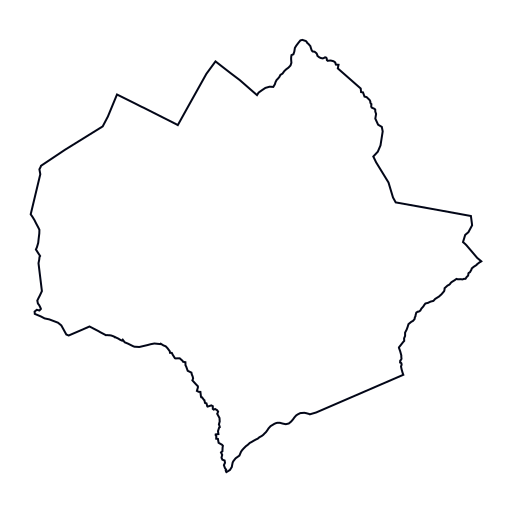 San Sebastián Río Hondo, Oaxaca, Mexico
{"feature_id": "50627088B23395103258553", "entity_name": "San Sebastián Río Hondo", "entity_type": "district", "adm_level": 2, "iso_a3": "MEX", "parent_name": "Mexico", "parent_adm1": "Oaxaca", "projection": "orthographic", "projection_center": [-96.416, 16.202], "detail": "fine", "context": "isolated", "style": "outline", "palette": "ink", "viewbox_px": 512, "rotation_deg": 0, "n_neighbors": 0, "source": "geoboundaries", "source_scale": "gbopen_adm2", "svg_char_len": 4980}
<svg xmlns="http://www.w3.org/2000/svg" viewBox="0 0 512 512"><path d="M470.9,216.0L430.8,208.7L395.7,202.4L393.0,197.5L388.5,182.5L376.1,162.3L373.3,156.5L377.8,151.7L380.5,145.4L382.7,131.4L381.8,126.9L378.1,124.7L375.3,118.6L376.1,114.0L375.3,111.6L375.2,109.5L374.4,108.8L371.7,107.6L371.2,106.5L371.4,104.1L370.7,103.5L370.3,102.3L370.3,101.4L369.6,100.0L366.6,97.1L364.5,96.6L363.0,92.4L361.1,92.1L360.7,88.5L337.8,68.4L338.5,64.8L335.9,64.6L335.5,63.5L335.3,62.6L334.6,61.9L333.9,61.5L333.4,61.2L331.1,60.6L330.5,60.5L330.0,60.6L329.1,60.6L327.7,60.8L326.9,60.1L326.8,59.0L326.3,57.7L325.1,57.3L324.4,57.7L323.7,58.1L322.6,58.4L320.8,58.0L320.3,57.8L319.1,57.2L317.4,55.8L317.1,54.4L316.4,53.2L315.1,52.1L314.5,51.7L313.7,51.6L312.7,51.5L312.0,50.8L311.6,50.1L310.6,47.1L310.5,46.7L310.4,46.2L309.2,44.8L308.2,43.7L307.2,42.9L306.7,41.9L305.8,41.0L304.5,40.6L302.4,39.9L300.4,40.4L298.5,42.7L296.3,45.6L294.9,47.9L294.3,51.6L293.4,54.3L291.5,55.1L291.2,56.9L291.1,59.0L291.4,62.8L290.5,65.5L288.4,67.7L286.2,69.3L284.3,71.1L282.5,73.6L280.4,74.9L279.4,76.9L278.0,78.6L276.6,80.0L275.5,82.2L274.9,84.2L273.3,86.9L269.6,86.7L265.4,87.9L262.1,90.1L258.6,92.6L257.0,95.1L251.0,89.9L239.8,80.1L230.4,73.0L221.9,66.4L215.5,61.4L206.4,73.8L188.7,105.5L177.8,125.1L176.2,124.2L143.6,107.7L142.0,107.0L139.2,105.6L135.1,103.5L117.0,94.5L107.7,117.0L107.7,116.9L102.7,126.4L65.1,149.7L41.0,165.8L40.6,167.0L39.4,169.3L40.3,174.2L30.7,214.3L32.5,216.9L34.4,220.0L36.0,223.2L38.4,227.7L39.4,229.8L39.3,233.4L38.6,239.2L38.2,242.9L36.9,247.3L35.9,249.5L38.2,253.1L40.1,256.0L39.5,257.0L39.2,259.7L38.5,263.2L41.9,291.1L40.6,293.9L39.7,295.8L38.7,297.7L37.3,300.6L37.6,302.0L37.9,303.5L39.2,305.2L40.4,307.6L40.9,308.9L39.4,310.5L36.8,309.8L34.6,311.6L34.8,313.9L41.0,316.5L44.6,318.4L49.3,319.4L58.0,322.7L61.3,325.4L66.3,334.5L68.7,335.5L80.1,330.6L89.5,326.5L98.6,331.2L99.9,332.0L101.4,332.8L103.5,333.9L105.4,334.9L105.6,335.1L107.5,335.1L109.1,335.3L109.4,335.2L111.2,335.5L113.7,336.4L114.8,337.2L115.0,337.0L115.7,337.4L118.1,338.5L120.2,339.8L122.2,340.7L122.3,340.6L122.8,339.8L124.7,342.3L127.9,343.6L132.9,346.1L134.4,346.7L137.8,346.9L139.2,347.0L141.0,346.6L144.4,345.8L147.4,345.1L150.7,344.2L154.4,343.5L160.3,344.1L160.7,343.7L163.4,345.4L165.7,346.3L167.5,348.2L169.8,351.3L170.0,352.8L171.8,352.9L172.7,354.7L174.9,358.2L175.4,358.4L179.7,358.3L182.5,360.8L183.1,361.8L185.4,362.2L185.5,365.3L186.1,366.4L186.3,366.9L187.7,370.8L191.4,372.6L191.9,374.8L192.0,374.9L192.6,376.3L193.1,378.4L192.4,380.4L195.7,384.0L197.9,386.3L197.9,387.5L196.9,390.9L198.6,391.8L200.4,391.9L201.0,396.9L201.3,397.3L202.0,397.3L204.0,400.0L204.4,400.2L205.0,402.9L206.5,403.4L207.3,406.4L207.6,406.6L211.3,405.4L212.8,406.2L212.8,408.9L213.7,409.6L215.1,409.0L217.1,410.2L218.1,411.6L217.5,413.3L217.2,413.8L219.5,418.0L219.7,421.5L218.9,424.4L219.1,424.8L219.8,427.1L219.1,427.7L218.0,431.1L218.4,434.1L215.7,434.4L215.6,435.0L216.3,436.2L216.2,438.7L217.9,438.9L218.6,442.8L222.1,444.8L222.9,445.8L222.6,447.4L222.4,451.3L221.0,452.4L222.2,454.9L221.5,457.7L222.4,459.7L224.6,460.5L225.0,462.8L223.9,465.1L224.9,468.0L226.1,469.6L225.7,470.4L226.1,471.7L226.4,472.1L229.9,470.0L231.8,467.0L232.2,464.8L232.7,462.4L233.4,461.1L235.6,458.3L239.4,455.6L241.0,451.8L242.0,450.3L243.5,448.6L245.9,446.2L247.8,444.8L249.8,442.9L251.4,442.1L253.9,440.6L256.1,439.4L257.7,438.7L259.3,437.3L261.7,436.0L263.3,434.8L264.4,433.6L265.9,432.2L267.3,430.3L268.6,428.3L270.6,426.1L272.8,424.8L274.4,423.8L276.1,423.1L277.3,422.8L279.9,422.8L281.3,423.2L282.8,423.6L285.8,424.2L288.8,423.5L291.2,421.5L293.0,419.4L294.5,417.3L296.3,415.3L298.1,414.2L300.3,413.1L304.3,412.8L306.3,413.2L308.5,413.8L309.2,414.0L309.7,414.3L309.9,414.3L316.1,412.5L403.3,374.8L402.5,372.5L401.6,369.3L401.0,366.5L401.1,366.1L401.4,365.5L401.6,364.5L401.4,363.3L400.8,362.6L400.5,362.7L400.3,362.7L400.1,362.5L400.2,360.7L400.5,360.3L401.0,359.8L401.3,359.3L401.5,358.7L401.3,357.0L401.3,355.4L400.2,351.3L399.3,348.8L398.9,347.7L399.0,347.3L401.0,344.8L403.1,342.1L404.2,340.9L404.1,338.3L405.1,335.9L405.1,332.6L406.6,329.7L407.6,327.0L408.5,324.1L411.3,321.8L413.0,320.9L414.6,319.0L414.8,317.5L415.5,316.1L415.6,315.0L415.9,314.1L416.3,312.6L417.7,311.7L418.6,311.7L420.3,310.6L421.4,308.6L423.3,306.5L424.3,304.9L425.4,303.5L428.2,302.8L428.9,302.4L430.6,301.6L433.4,300.9L435.2,298.9L439.2,296.4L440.3,295.3L441.3,294.5L444.1,291.2L444.5,289.8L444.6,288.2L447.6,285.5L448.9,284.9L449.8,284.2L450.9,282.7L451.9,281.9L454.5,280.3L456.5,278.9L457.9,279.3L460.6,279.2L462.6,279.4L463.8,278.9L465.1,278.8L465.5,278.8L465.9,278.2L466.5,277.2L468.1,275.6L468.3,274.5L468.4,273.4L468.7,272.9L469.5,272.5L470.1,272.0L470.8,270.7L471.3,269.9L471.8,268.4L473.7,266.8L476.2,265.2L476.7,264.8L477.1,264.2L478.2,263.4L479.6,262.3L480.5,261.9L481.3,261.3L477.2,257.9L473.3,253.3L466.4,245.2L465.1,243.9L463.0,242.1L465.2,234.9L468.4,232.2L472.1,225.3L471.8,222.7L470.9,216.0Z" fill="none" stroke="#020617" stroke-width="2"/></svg>